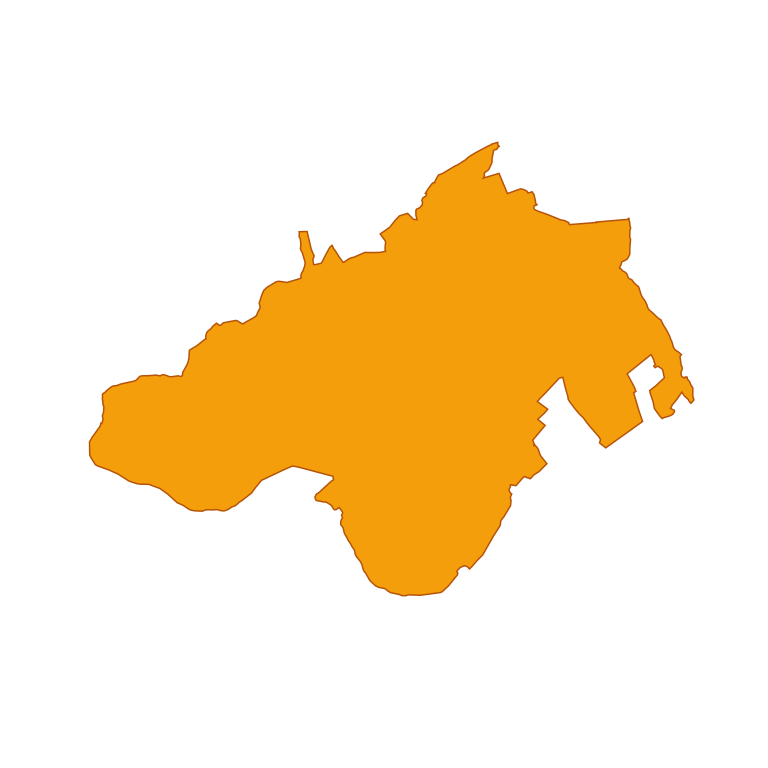 Rafaila, Vaslui, Romania, rotated 349°
{"feature_id": "2599482B94397717577016", "entity_name": "Rafaila", "entity_type": "district", "adm_level": 2, "iso_a3": "ROU", "parent_name": "Romania", "parent_adm1": "Vaslui", "projection": "equal_earth", "projection_center": [27.373, 46.79], "detail": "fine", "context": "isolated", "style": "filled", "palette": "amber", "viewbox_px": 768, "rotation_deg": 349, "n_neighbors": 0, "source": "geoboundaries", "source_scale": "gbopen_adm2", "svg_char_len": 6147}
<svg xmlns="http://www.w3.org/2000/svg" viewBox="0 0 768 768"><g transform="rotate(349 384 384)"><path d="M432.6,581.9L435.9,579.7L441.2,575.4L448.3,570.6L462.4,554.2L470.3,545.9L471.3,544.6L472.5,540.6L474.3,538.9L476.4,537.2L485.0,527.6L486.4,522.9L486.4,519.3L488.4,516.3L487.1,514.8L486.5,512.5L486.7,511.1L487.7,510.0L488.8,508.1L488.7,507.2L489.6,507.2L494.1,509.0L502.4,502.6L504.2,501.6L506.5,503.2L508.4,504.1L509.2,504.9L510.4,504.4L513.6,501.9L519.4,499.6L528.7,493.3L524.3,484.9L523.5,482.1L522.9,477.4L521.9,474.8L520.8,473.5L519.3,473.0L519.3,472.7L519.9,472.7L520.4,472.2L519.7,470.2L519.3,467.5L534.3,455.4L528.2,448.0L535.9,443.2L539.9,440.0L531.2,430.5L534.4,427.9L540.9,423.5L557.0,411.8L560.8,411.5L561.3,422.6L562.1,431.2L561.9,434.1L562.8,436.7L566.4,444.1L569.9,450.5L573.3,455.4L575.7,460.6L579.1,466.9L584.7,476.5L585.9,479.7L585.2,481.6L584.6,482.2L584.4,482.8L584.7,483.4L589.5,489.0L630.7,470.1L629.2,459.4L627.4,440.2L629.9,439.3L629.3,435.6L628.2,431.6L624.6,420.4L651.6,406.1L652.1,407.0L653.7,412.8L653.3,413.5L654.2,416.7L652.2,417.8L653.2,419.7L656.1,418.7L659.5,421.9L660.3,423.7L660.3,429.0L660.5,431.3L650.7,437.5L643.5,441.2L643.6,444.1L644.7,452.3L644.8,459.9L648.7,468.3L650.5,471.0L652.9,470.3L657.6,470.0L661.4,469.0L663.8,466.8L664.0,465.3L660.6,462.7L663.1,459.4L668.5,455.0L674.8,448.8L676.5,452.9L679.6,457.1L680.8,460.6L681.8,461.5L685.0,458.9L685.2,457.8L684.8,456.5L685.0,453.7L686.4,446.9L685.0,443.2L684.6,440.5L682.7,436.8L682.9,435.1L681.0,434.6L680.9,435.2L679.5,435.1L677.8,433.5L677.4,431.6L677.9,429.1L679.8,425.8L679.8,423.6L679.3,422.7L679.8,413.4L681.6,412.0L678.7,408.3L677.0,406.8L675.7,404.8L675.1,402.9L674.7,397.7L673.8,394.0L673.5,391.3L671.0,383.1L669.5,379.5L668.0,373.8L666.7,372.8L664.7,370.4L661.6,365.8L658.7,362.3L657.9,360.9L657.4,359.0L657.2,356.5L656.2,352.5L654.2,348.2L653.4,345.4L652.7,338.4L652.3,336.8L650.3,334.6L648.5,331.8L647.1,328.9L644.8,327.4L644.2,326.6L643.3,322.0L642.1,320.3L639.7,318.3L638.9,316.6L637.3,315.0L639.6,311.8L640.5,309.9L641.6,309.2L643.8,308.8L646.6,307.7L647.5,306.8L650.0,303.6L651.3,297.4L653.7,288.8L653.2,287.0L654.7,280.1L655.8,278.3L655.7,273.8L656.1,272.0L655.8,270.6L655.8,268.7L656.1,268.3L655.6,268.1L655.5,269.0L623.2,265.5L623.4,266.0L596.3,262.9L596.1,260.7L595.7,260.7L592.8,258.2L588.3,256.4L585.8,254.6L575.5,248.0L567.4,243.3L565.3,241.5L564.8,240.8L564.8,240.0L565.1,238.4L565.4,237.9L566.0,237.6L568.0,237.5L568.4,237.3L568.4,236.9L567.3,235.9L567.6,233.2L567.4,226.9L566.1,223.6L561.8,224.0L561.1,221.9L558.0,219.6L555.3,218.5L541.5,220.6L537.1,199.2L521.0,200.8L521.5,200.4L522.3,199.0L522.6,196.3L523.9,195.3L526.2,194.4L527.9,193.3L531.7,188.1L532.5,186.2L533.2,183.0L536.1,175.8L537.6,175.1L539.1,175.3L539.8,174.8L541.0,173.3L542.5,172.7L541.3,170.9L541.7,168.5L535.3,169.1L535.2,169.5L531.9,170.2L518.7,174.2L512.9,176.3L509.5,177.8L507.0,179.4L500.3,182.1L497.1,183.2L495.5,183.5L481.6,188.5L479.3,189.0L477.8,189.0L476.7,189.9L473.7,193.5L472.4,195.3L472.2,196.1L470.7,195.7L469.3,196.6L465.7,199.7L460.9,204.8L462.2,205.5L461.0,207.5L457.7,208.7L456.3,210.7L456.2,211.6L456.5,212.6L456.3,213.9L455.6,215.4L452.9,217.7L449.2,218.6L448.3,220.2L447.5,224.8L447.8,229.0L444.4,228.0L439.7,221.0L431.2,221.9L426.1,225.6L419.4,231.3L408.9,236.0L412.5,243.6L412.6,245.5L411.5,248.6L410.7,252.3L410.9,254.0L405.6,254.1L396.3,252.5L390.4,251.2L378.6,253.8L375.6,253.9L373.0,254.6L367.7,256.8L367.1,256.8L364.0,250.3L361.8,244.3L360.2,241.2L359.6,238.1L359.3,238.0L356.8,239.6L351.7,245.7L346.4,252.6L345.2,253.5L338.8,253.7L337.7,253.3L337.9,248.6L338.3,247.7L339.9,244.8L339.4,243.3L338.3,237.9L337.6,219.6L329.7,218.3L329.7,219.5L328.8,223.3L329.5,225.3L329.1,230.9L327.8,235.2L328.1,237.4L328.8,239.0L329.8,249.7L328.9,252.5L327.7,254.7L326.2,257.3L324.4,259.2L323.6,260.5L323.0,262.1L322.8,264.2L321.8,264.5L308.2,265.8L300.8,263.2L298.4,263.0L296.8,263.4L287.6,266.8L283.7,269.3L280.9,273.5L276.9,280.8L277.1,284.0L277.0,285.5L273.7,289.5L272.0,292.5L267.9,294.4L265.9,294.9L256.6,298.1L252.0,293.9L250.4,293.3L238.6,293.3L237.7,293.4L234.9,295.1L234.0,295.1L233.0,294.5L231.4,292.4L230.6,292.6L226.9,294.7L224.8,296.6L221.5,298.3L219.7,299.9L218.6,301.9L218.0,303.8L217.8,305.9L216.6,306.0L207.4,310.8L199.9,313.5L199.3,314.0L197.6,320.8L196.2,324.4L194.5,327.2L188.5,334.4L187.8,337.0L187.0,337.6L186.2,337.9L183.4,336.7L176.7,336.3L174.5,335.7L171.7,333.9L169.2,332.8L167.6,332.7L165.8,333.3L161.5,331.6L159.4,331.5L152.9,330.7L149.7,330.0L146.3,329.8L145.4,330.1L142.1,332.5L140.5,333.3L138.2,333.5L125.6,333.8L120.9,334.6L119.1,334.3L117.1,334.4L115.3,335.0L110.4,337.6L109.2,338.6L106.1,340.0L105.6,340.6L105.4,342.2L104.7,344.9L104.5,349.1L104.2,350.9L104.7,352.8L103.3,358.2L101.4,361.6L101.5,365.0L99.6,368.8L98.6,368.4L98.2,369.6L97.2,371.3L87.6,380.4L83.9,384.6L82.1,394.5L81.6,398.1L82.6,401.2L85.3,408.1L87.0,409.6L97.7,416.0L106.1,422.0L114.8,430.3L117.4,432.0L122.3,434.6L125.5,435.8L133.9,437.6L144.1,443.8L150.7,450.8L158.4,461.1L163.4,464.6L168.4,469.5L170.8,471.2L174.2,472.4L181.5,474.2L184.3,473.6L187.8,473.9L189.6,474.5L196.5,475.5L198.7,476.8L202.7,478.1L206.9,477.5L211.1,475.7L214.5,475.2L217.4,473.7L219.0,472.6L222.1,471.4L233.1,465.8L238.4,460.9L245.4,455.2L270.0,448.9L278.3,447.1L280.6,447.8L285.1,449.7L316.2,464.8L316.2,468.4L313.8,469.3L298.4,478.7L296.9,479.0L294.8,481.4L294.6,483.7L295.3,485.4L301.8,488.1L304.8,489.0L308.3,492.2L309.6,493.9L310.2,496.1L311.3,498.0L313.1,498.2L316.4,496.7L317.0,497.8L318.5,501.0L318.9,502.4L318.4,503.5L317.4,504.3L317.3,504.8L317.7,507.0L317.6,507.8L316.6,508.5L315.6,510.2L314.7,513.2L315.0,514.4L316.4,517.2L316.6,522.7L317.2,524.9L318.1,527.1L318.8,530.1L320.8,534.7L321.5,537.3L323.3,541.4L323.3,545.9L324.0,548.2L327.0,553.9L327.8,556.7L328.1,561.4L328.7,564.1L329.9,566.1L332.2,573.1L333.3,575.3L337.2,580.5L340.0,582.6L345.5,584.9L346.8,585.9L348.4,588.1L350.7,590.1L358.5,593.4L361.5,595.3L365.3,596.0L367.6,595.6L379.3,598.3L399.7,599.5L401.8,598.8L408.5,594.7L419.7,585.3L420.4,583.7L419.9,582.4L419.9,581.5L423.6,578.8L426.8,577.9L429.3,578.1L431.2,579.5L432.6,581.9Z" fill="#f59e0b" stroke="#b45309" stroke-width="1.5"/></g></svg>